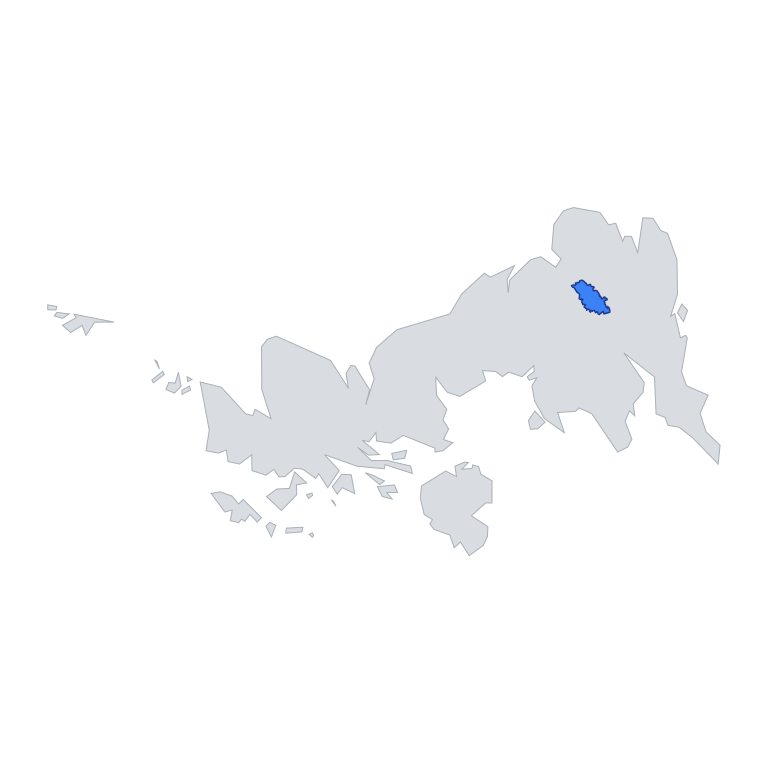 where Northamptonshire sits in United Kingdom, rotated 269°
{"feature_id": "GBR-2749", "entity_name": "Northamptonshire", "entity_type": "Administrative County", "adm_level": 1, "iso_a3": "GBR", "parent_name": "United Kingdom", "parent_adm1": "", "projection": "mercator", "projection_center": [-0.87, 52.306], "detail": "fine", "context": "in_parent", "style": "filled", "palette": "blue", "viewbox_px": 768, "rotation_deg": 269, "n_neighbors": 0, "source": "natural_earth", "source_scale": "10m", "svg_char_len": 5277}
<svg xmlns="http://www.w3.org/2000/svg" viewBox="0 0 768 768"><g transform="rotate(269 384 384)"><path d="M410.9,624.4L380.8,644.2L371.3,642.9L359.8,632.9L347.8,634.1L352.8,629.0L342.5,624.4L324.4,630.9L316.6,626.4L311.8,616.5L350.8,591.1L356.7,578.7L353.3,574.9L352.5,557.1L332.1,563.5L346.6,543.8L364.3,534.3L379.6,531.9L387.6,537.0L385.2,529.2L388.8,527.3L393.9,534.4L399.8,534.1L388.8,522.2L393.7,509.2L389.4,502.6L394.5,495.7L395.7,482.8L385.2,485.7L370.3,459.5L374.8,446.9L389.8,435.9L371.8,436.3L357.5,446.4L347.1,442.4L337.9,447.8L327.4,442.4L324.1,451.9L316.3,441.7L315.0,433.9L319.0,433.8L332.3,402.3L324.8,390.0L327.1,375.6L335.6,375.1L326.5,368.0L328.0,361.3L313.5,378.2L313.2,367.1L321.1,356.6L307.6,370.0L307.5,385.6L301.5,409.2L294.1,410.8L303.3,383.6L299.2,382.9L302.3,355.5L314.4,323.3L298.2,337.7L281.3,325.9L295.4,317.2L290.8,314.0L300.3,301.2L301.3,292.8L293.2,283.3L292.9,277.5L300.6,272.4L294.9,264.4L299.7,250.5L315.5,250.5L306.5,238.0L309.2,226.8L320.7,225.2L317.8,217.1L320.4,204.9L340.8,208.5L389.2,200.3L383.6,221.3L356.4,245.3L354.8,252.4L361.0,254.6L351.3,270.4L380.7,261.7L423.4,262.2L430.7,268.1L433.7,277.1L408.5,331.0L380.2,348.4L395.0,346.2L403.2,351.2L402.4,355.3L378.3,369.5L363.4,365.3L389.3,374.2L405.1,369.5L420.9,377.3L438.1,398.0L452.9,451.1L472.6,463.2L493.1,486.3L488.9,492.1L500.1,516.5L486.6,509.0L473.0,509.7L485.8,511.6L505.6,532.6L508.5,542.9L497.7,557.7L505.9,563.3L515.6,554.1L540.6,556.6L554.1,566.5L557.1,576.6L551.8,602.9L539.2,611.4L540.7,618.5L522.4,625.1L527.5,627.3L527.3,634.0L510.9,640.0L545.6,645.7L545.0,655.8L532.6,663.4L529.7,670.1L503.2,679.1L468.6,679.0L446.5,671.7L449.3,675.9L425.0,681.2L427.4,686.6L424.8,688.0L391.0,681.7L376.9,686.4L367.2,707.9L349.2,699.5L330.5,705.2L316.9,718.9L298.1,716.8L324.7,691.8L335.6,678.4L337.7,667.2L345.6,664.5L349.4,655.5L386.3,654.6L410.9,624.4ZM285.3,490.3L263.2,489.9L263.3,483.6L250.7,469.0L239.6,485.4L229.7,484.8L221.0,480.5L210.9,466.2L224.6,457.7L219.1,451.4L231.7,447.2L237.8,431.4L243.3,427.4L247.5,430.1L252.8,421.9L269.4,418.3L281.5,419.8L295.9,444.2L290.2,454.9L300.6,453.5L304.5,463.4L304.1,466.9L297.5,460.4L298.0,470.5L301.5,471.2L299.8,477.1L292.1,479.3L285.3,490.3ZM279.0,218.5L274.6,230.1L266.6,236.5L271.1,241.2L252.5,259.1L248.1,254.9L256.0,247.7L249.0,242.4L251.5,239.3L247.9,236.3L250.0,227.9L260.6,230.1L258.8,222.6L277.7,209.2L279.0,218.5ZM280.9,275.1L281.2,287.5L297.6,293.2L286.4,304.9L284.8,294.8L274.7,294.7L259.3,279.2L273.5,264.5L280.9,275.1ZM448.3,63.5L455.5,77.2L459.2,75.3L450.6,115.1L450.9,95.8L437.8,86.8L447.9,83.2L441.0,71.7L448.3,63.5ZM293.8,349.6L275.0,352.8L281.1,340.3L274.8,335.3L282.4,330.5L294.4,340.3L293.8,349.6ZM345.0,527.8L354.3,534.4L343.0,544.4L336.6,537.0L336.1,529.6L345.0,527.8ZM281.5,375.6L282.9,392.6L275.3,395.7L275.4,384.9L268.8,390.1L271.5,380.3L281.5,375.6ZM389.2,168.9L388.6,175.3L399.3,178.6L385.2,181.1L378.6,174.3L382.3,165.8L389.2,168.9ZM317.3,405.5L309.4,403.5L308.0,392.0L314.5,390.5L317.3,405.5ZM458.8,683.2L452.2,688.8L441.3,684.5L450.1,678.6L458.8,683.2ZM287.0,382.8L283.5,377.9L295.6,363.8L293.1,370.9L287.0,382.8ZM243.8,263.5L247.7,267.2L244.6,273.3L233.0,268.8L243.8,263.5ZM242.2,300.4L237.6,299.4L236.6,283.2L241.6,283.8L242.2,300.4ZM459.6,70.4L455.3,63.9L457.8,55.6L461.3,58.1L459.6,70.4ZM400.5,162.9L397.5,164.6L389.2,153.5L391.9,151.9L400.5,162.9ZM385.3,189.6L381.3,190.4L377.2,181.7L381.5,182.0L385.3,189.6ZM469.0,49.1L467.2,58.2L463.8,57.3L464.0,49.2L469.0,49.1ZM411.0,157.1L402.9,159.9L411.8,155.3L411.0,157.1ZM276.2,310.1L273.9,310.7L270.8,306.6L274.7,304.5L276.2,310.1ZM394.7,187.3L391.9,192.1L389.8,187.6L394.7,187.3ZM267.4,331.7L262.6,333.8L269.1,329.2L267.4,331.7ZM236.4,310.0L233.3,310.9L232.0,309.6L235.0,306.6L236.4,310.0Z" fill="#d9dde1" stroke="#a8b0b8" stroke-width="1"/><path d="M473.2,598.8L470.5,600.5L469.4,600.5L468.9,601.4L467.8,601.1L467.6,601.4L467.6,601.9L467.2,602.5L465.3,603.1L465.3,603.7L465.7,603.9L466.2,604.9L467.1,605.6L467.1,606.1L466.8,606.2L466.1,606.4L466.1,607.4L465.7,607.8L464.9,608.6L464.5,608.7L463.1,605.7L462.8,605.5L461.4,606.2L460.2,606.1L459.8,606.7L457.7,607.2L456.9,607.8L456.1,608.7L457.3,609.2L456.9,609.4L456.2,610.3L455.4,610.4L454.6,611.0L452.9,610.9L452.1,611.1L451.8,610.9L451.0,608.0L450.7,607.5L450.8,605.7L450.3,605.3L451.5,604.7L452.5,604.6L452.7,604.3L449.8,600.5L449.9,600.0L450.4,599.4L452.3,598.6L452.5,598.0L451.8,597.2L451.7,596.8L453.8,595.5L453.7,594.2L453.2,593.6L454.0,592.5L453.8,592.3L452.6,592.0L452.3,591.5L452.9,591.1L454.7,590.4L455.3,589.9L455.2,589.3L454.5,588.0L455.6,588.1L456.4,586.7L457.5,585.5L459.5,586.8L460.3,585.0L459.9,584.8L459.8,584.5L459.9,584.3L462.4,583.2L463.3,583.4L464.6,584.2L465.1,584.2L465.6,583.3L464.8,582.7L465.6,580.9L465.9,580.6L466.9,581.0L468.4,580.8L469.4,581.2L470.4,580.9L470.5,580.8L471.7,579.8L472.2,578.7L476.9,575.9L477.8,574.0L478.9,573.3L479.4,574.0L479.7,574.9L479.5,577.2L479.9,577.6L481.6,577.3L481.6,577.7L481.5,578.3L482.1,579.0L481.8,580.5L483.9,581.7L484.3,583.7L484.2,584.2L482.7,586.2L481.5,587.1L481.2,587.9L479.1,588.9L479.1,589.8L479.9,591.3L480.0,592.1L478.5,592.5L477.7,593.6L477.7,594.9L477.4,595.5L477.1,595.7L476.5,595.6L475.8,594.7L475.4,594.6L473.6,595.0L473.5,595.4L473.8,596.2L473.9,597.4L473.2,598.8Z" fill="#3b82f6" stroke="#1e3a8a" stroke-width="1.5"/></g></svg>